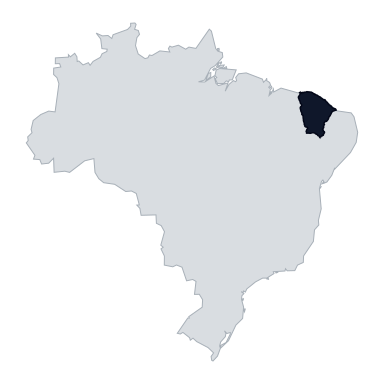 Brazil, with Ceará highlighted
{"feature_id": "BRA-621", "entity_name": "Ceará", "entity_type": "State", "adm_level": 1, "iso_a3": "BRA", "parent_name": "Brazil", "parent_adm1": "", "projection": "orthographic", "projection_center": [-39.568, -5.32], "detail": "fine", "context": "in_parent", "style": "filled", "palette": "ink", "viewbox_px": 384, "rotation_deg": 0, "n_neighbors": 0, "source": "natural_earth", "source_scale": "10m", "svg_char_len": 7849}
<svg xmlns="http://www.w3.org/2000/svg" viewBox="0 0 384 384"><path d="M78.8,61.0L83.0,64.9L88.4,62.7L90.1,65.3L93.1,61.4L100.4,57.3L102.1,53.7L106.8,51.5L107.2,49.2L101.9,48.6L100.7,39.0L96.2,33.1L102.4,35.9L108.0,35.5L111.8,38.5L113.1,34.7L127.5,29.5L130.7,26.2L130.6,23.3L134.9,23.0L136.1,24.4L134.6,29.3L138.3,30.5L139.5,34.4L136.9,37.6L135.5,45.6L138.2,54.0L145.0,58.6L147.9,57.8L149.4,55.0L152.0,55.5L159.9,50.9L169.8,52.0L168.4,48.5L169.9,46.1L171.9,47.1L178.4,45.2L185.7,49.2L188.9,47.1L195.9,48.4L209.3,29.2L211.4,31.1L215.7,48.5L217.9,51.2L222.3,52.6L222.8,57.0L215.2,65.6L210.6,68.4L204.5,80.1L198.5,81.8L204.8,82.0L214.0,76.0L215.9,83.4L218.4,85.6L228.0,82.9L225.2,91.2L228.9,84.5L233.4,80.6L235.6,81.7L236.6,80.5L235.7,77.5L238.6,73.8L246.2,72.9L262.4,79.1L263.5,82.3L265.8,80.0L269.6,82.5L270.6,85.3L268.7,87.2L269.5,88.2L271.5,86.3L272.0,88.1L270.2,89.9L269.0,95.6L271.5,93.3L273.4,89.0L273.7,92.0L281.0,88.1L298.1,92.9L311.7,92.4L325.1,100.1L336.7,110.8L351.2,112.9L354.0,116.8L357.7,132.3L356.2,142.4L350.5,152.5L334.8,169.1L334.7,167.8L331.8,175.3L326.9,182.0L324.6,183.0L322.9,180.0L321.5,181.5L319.4,188.6L321.2,208.8L318.4,220.4L318.8,225.0L314.5,229.8L313.4,241.4L303.6,255.9L303.3,262.4L297.5,265.1L294.8,270.6L287.2,270.8L285.5,268.7L285.0,271.0L273.3,271.7L274.0,273.5L266.8,278.1L262.6,278.1L255.5,281.9L246.9,288.8L245.3,292.1L243.7,290.9L243.2,292.3L241.1,291.7L243.9,293.6L241.9,295.7L241.5,299.3L243.6,307.1L242.6,318.5L235.9,325.1L228.5,340.7L221.0,347.8L220.5,345.5L226.1,342.5L230.3,334.0L230.3,332.5L226.9,333.5L224.5,330.8L225.9,333.5L225.3,336.7L220.7,341.9L219.6,346.0L220.4,348.2L217.5,356.1L213.0,361.0L211.7,360.3L211.1,356.5L213.6,352.9L208.1,347.6L196.7,341.6L193.0,338.2L190.3,340.2L189.6,337.7L182.9,332.4L180.3,334.0L177.3,333.3L187.8,318.0L189.3,318.0L188.8,316.6L202.2,307.2L202.6,299.7L199.3,294.3L194.5,294.4L196.0,281.4L192.7,279.5L186.6,280.8L182.0,267.2L176.5,265.0L172.8,266.8L164.3,265.1L164.4,256.0L161.0,248.9L163.2,247.2L160.8,245.2L164.5,231.7L161.2,225.6L156.4,223.3L156.0,214.9L141.1,215.3L139.9,208.4L136.8,205.1L139.3,204.9L136.3,193.5L131.5,191.0L125.7,191.5L114.7,184.3L103.7,182.7L98.8,178.7L95.0,172.4L93.9,158.6L84.7,160.8L69.6,172.4L64.8,171.2L54.1,172.3L53.6,158.2L48.7,163.2L41.6,164.0L39.8,159.6L33.5,159.1L34.9,155.3L26.3,142.9L28.2,140.5L27.7,136.9L32.0,132.7L31.1,129.4L33.2,120.5L40.8,114.5L48.7,111.1L55.1,111.9L58.9,83.7L57.0,77.7L53.6,74.5L53.7,68.1L60.8,67.0L59.6,63.6L55.3,63.7L55.4,57.9L68.5,57.1L68.4,54.7L70.4,56.8L74.7,53.3L76.9,56.8L77.2,61.5L78.8,61.0ZM219.7,68.5L236.2,69.9L232.3,79.8L229.3,80.0L228.7,81.7L226.3,80.9L223.7,83.5L217.5,83.6L215.2,78.7L216.8,77.4L214.9,75.7L216.2,70.0L219.7,68.5ZM205.8,80.6L208.3,73.5L210.8,72.5L210.7,76.8L205.8,80.6ZM224.2,65.0L222.6,67.7L218.9,67.1L219.5,65.4L224.2,65.0ZM218.6,62.2L218.0,67.6L216.4,67.1L218.6,62.2ZM226.8,68.4L224.5,68.7L223.4,68.3L226.3,66.6L226.8,68.4ZM216.1,68.7L213.7,70.5L212.7,69.6L214.5,68.0L216.1,68.7ZM220.6,64.0L219.4,62.9L221.4,61.8L221.6,62.8L220.6,64.0ZM219.3,50.2L217.9,50.4L217.6,48.5L219.0,48.4L219.3,50.2ZM244.5,311.8L244.0,310.2L244.9,308.7L245.2,309.2L244.5,311.8ZM268.1,277.5L268.5,279.3L266.9,278.9L268.1,277.5ZM242.9,300.4L242.2,299.5L243.1,298.5L243.5,298.9L242.9,300.4ZM271.1,92.1L270.1,94.1L271.1,91.2L271.1,92.1ZM323.7,183.3L322.1,183.8L323.1,182.3L323.7,183.3ZM277.6,272.4L276.0,273.0L275.7,272.6L276.6,271.8L277.6,272.4ZM321.0,186.9L320.4,188.0L320.0,187.3L321.0,186.9ZM266.7,78.2L266.8,79.4L266.3,79.2L266.7,78.2Z" fill="#d9dde1" stroke="#a8b0b8" stroke-width="1"/><path d="M300.2,93.7L300.2,93.8L300.2,93.5L300.2,93.4L300.1,93.2L299.8,92.9L299.8,92.7L299.7,92.8L299.6,92.7L299.9,92.5L300.1,92.5L300.6,92.5L300.9,92.5L301.1,92.6L301.4,92.7L301.6,92.9L301.6,92.7L302.9,92.4L303.3,92.5L303.4,92.4L303.5,92.4L303.8,92.4L303.9,92.6L304.0,92.5L304.5,92.2L306.1,92.1L306.6,91.8L306.8,91.8L306.9,91.7L307.1,91.7L307.7,91.9L308.9,91.9L309.7,92.0L309.8,92.0L310.0,92.2L310.3,92.1L310.5,92.1L310.8,92.2L311.4,92.2L311.5,92.2L312.2,92.7L312.5,92.8L313.1,93.3L313.3,93.4L313.5,93.5L313.8,93.8L314.0,94.0L314.0,93.8L314.6,94.0L314.8,94.0L315.2,94.4L315.9,94.8L316.0,94.9L316.8,95.2L316.9,95.3L317.1,95.2L317.2,95.3L317.3,95.4L317.5,95.5L317.8,95.7L318.0,95.9L318.6,96.3L318.9,96.5L319.0,96.6L319.3,96.6L319.5,96.9L319.6,97.0L319.8,97.0L320.2,97.1L320.4,97.1L320.5,97.2L320.7,97.4L320.9,97.6L321.1,98.1L321.3,98.1L321.5,98.3L322.1,98.5L322.2,98.8L322.5,99.0L322.8,99.2L323.0,99.3L323.3,99.6L324.0,99.8L324.6,100.1L324.9,100.1L325.0,99.9L325.2,100.1L325.4,100.4L325.6,100.7L325.7,100.9L325.8,101.2L325.8,101.3L326.4,101.9L326.5,102.0L327.0,102.2L327.1,102.3L327.6,103.1L328.4,104.0L329.0,104.7L329.9,105.4L330.0,105.4L330.6,106.0L330.8,106.1L331.0,106.1L331.4,106.2L331.9,107.2L332.1,107.5L332.5,107.8L332.8,108.1L333.2,108.3L333.5,108.4L333.7,108.2L333.9,108.3L334.4,108.6L335.4,108.9L335.6,109.1L335.8,109.3L336.1,110.1L333.4,111.0L333.0,111.2L332.9,111.2L331.8,112.2L331.7,112.3L331.1,113.7L330.0,115.8L329.3,116.7L329.2,116.8L328.9,117.1L328.6,117.8L328.6,118.0L328.6,118.3L328.4,118.7L328.2,119.0L328.1,119.4L328.1,119.5L327.0,120.7L326.9,120.8L326.8,121.1L326.7,121.2L326.6,121.3L326.3,121.4L326.1,121.4L325.9,121.4L325.7,121.2L325.3,121.2L325.2,121.3L325.0,121.6L324.9,121.7L324.8,121.9L324.8,122.0L324.7,122.2L324.5,122.3L324.4,122.5L324.3,122.8L324.1,122.9L324.0,123.0L324.0,123.3L324.0,123.6L324.0,123.8L323.9,124.0L324.0,124.2L324.4,124.2L324.6,124.0L324.5,124.3L324.4,124.5L324.2,124.7L324.1,124.9L323.6,126.5L323.5,126.8L323.5,127.1L323.7,127.3L323.7,127.5L323.4,128.1L323.2,128.3L322.8,128.6L322.6,128.8L322.6,129.2L322.6,129.3L322.6,129.5L323.0,129.7L323.1,129.8L323.2,130.1L323.3,130.3L323.3,130.6L323.2,130.9L323.2,131.0L323.3,131.1L323.6,131.2L323.7,131.3L323.8,131.5L324.0,131.6L324.3,131.7L324.4,131.8L324.5,132.2L324.5,132.3L324.5,132.5L324.4,132.7L324.4,132.8L324.2,133.0L324.1,133.3L323.9,133.6L323.7,133.7L323.7,134.0L323.5,134.4L323.4,134.6L323.0,134.8L322.9,135.0L323.0,135.2L322.7,135.2L322.7,135.3L322.6,135.5L322.4,135.5L322.1,135.5L321.9,135.6L321.8,135.9L321.8,136.0L321.7,136.0L321.7,135.9L321.4,136.0L321.1,136.3L320.9,136.7L320.8,136.9L320.7,137.0L320.4,137.0L320.2,137.0L319.8,137.2L319.7,137.2L319.7,137.3L319.6,137.2L319.4,136.4L319.2,136.2L318.9,136.0L318.1,135.7L317.6,135.2L317.4,134.8L317.4,134.7L317.2,134.5L317.0,134.4L316.9,134.4L316.5,134.3L316.2,134.1L315.7,133.9L315.4,133.7L315.2,133.5L314.7,133.0L314.5,132.9L312.8,132.7L312.0,132.8L311.8,132.8L311.3,133.0L311.0,133.2L310.8,133.2L310.0,133.3L309.9,133.3L309.1,133.1L308.9,133.1L306.6,133.1L306.6,132.5L306.6,132.4L306.4,132.1L306.2,131.7L306.2,131.3L306.8,129.6L307.5,128.7L307.7,128.3L307.7,128.1L307.7,127.9L307.5,127.7L307.4,127.7L307.3,127.3L307.2,127.2L305.9,127.0L305.7,126.9L305.2,126.6L305.0,126.4L304.9,126.3L305.0,126.0L305.0,125.7L304.8,125.4L304.5,125.0L304.4,124.8L304.3,124.1L304.2,124.0L304.3,123.7L304.3,123.3L304.3,123.1L304.2,123.0L304.2,122.9L303.6,121.3L303.6,121.1L303.4,120.7L303.5,120.4L303.5,120.1L303.4,119.7L303.3,118.5L303.1,118.0L303.1,117.7L303.2,117.1L303.0,116.1L303.0,115.6L302.9,115.5L302.9,115.3L302.5,115.1L302.4,115.0L302.2,114.9L302.1,114.7L301.9,114.5L301.8,114.4L301.8,114.1L301.9,113.8L301.9,113.5L301.9,113.1L301.7,112.9L301.5,112.4L301.4,112.2L301.3,111.7L301.2,111.5L300.9,111.2L300.8,110.8L300.8,109.9L300.7,109.7L300.4,109.1L300.4,108.8L300.4,108.5L300.3,108.3L300.2,108.1L300.2,107.9L300.3,107.5L300.4,107.3L300.6,106.8L300.9,106.7L301.2,106.5L301.3,106.2L301.7,105.5L301.6,104.9L301.6,104.7L301.3,104.2L301.2,104.1L301.0,103.9L300.8,103.7L300.3,103.0L300.2,102.0L299.9,101.2L299.8,100.9L299.7,100.7L299.2,100.0L299.1,99.6L299.0,99.3L299.0,99.0L298.9,98.8L298.7,98.3L298.5,98.0L298.4,97.5L298.4,97.3L298.4,97.0L298.5,96.8L298.6,96.5L299.0,96.0L300.1,94.3L300.1,94.2L300.2,93.8L300.2,93.7Z" fill="#0f172a" stroke="#020617" stroke-width="1.5"/></svg>